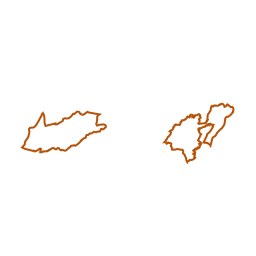 the district of Jonotla, Puebla, Mexico, rotated 43°
{"feature_id": "50627088B1268038266758", "entity_name": "Jonotla", "entity_type": "district", "adm_level": 2, "iso_a3": "MEX", "parent_name": "Mexico", "parent_adm1": "Puebla", "projection": "natural_earth1", "projection_center": [-97.514, 20.084], "detail": "fine", "context": "isolated", "style": "outline", "palette": "amber", "viewbox_px": 256, "rotation_deg": 43, "n_neighbors": 0, "source": "geoboundaries", "source_scale": "gbopen_adm2", "svg_char_len": 5735}
<svg xmlns="http://www.w3.org/2000/svg" viewBox="0 0 256 256"><g transform="rotate(43 128 128)"><path d="M56.1,194.0L56.3,195.1L56.2,196.0L56.4,196.5L57.9,197.5L58.6,198.2L59.4,199.3L60.2,201.0L60.9,201.9L61.6,204.7L61.7,206.1L62.1,208.1L62.5,209.0L63.7,210.4L63.8,214.5L66.7,213.6L74.0,209.6L74.4,208.9L74.6,208.7L75.1,208.8L75.4,209.0L75.6,208.9L76.1,208.3L77.0,206.1L77.6,203.5L77.7,203.1L78.1,203.0L78.3,202.7L78.7,202.7L80.0,205.2L80.2,205.6L80.4,205.7L81.7,204.2L81.9,203.4L81.8,203.1L82.0,202.9L82.1,202.7L82.4,202.6L82.6,202.3L83.3,201.8L84.3,200.4L84.5,200.0L85.0,199.9L85.1,199.6L85.0,198.5L85.3,197.8L85.7,197.6L85.7,197.1L85.6,196.7L85.8,196.1L86.1,195.7L86.2,195.1L86.6,193.8L87.4,193.6L87.8,193.2L88.0,193.1L89.1,193.2L90.1,192.5L90.2,191.9L90.2,190.9L90.4,190.3L91.2,190.0L92.9,190.2L94.0,190.0L94.4,189.7L94.9,188.8L96.9,187.9L97.8,187.2L98.0,186.2L98.2,184.6L98.4,182.0L98.7,181.4L98.7,180.8L98.5,180.1L99.1,179.0L99.5,178.5L99.9,178.3L100.2,177.6L100.4,177.3L101.5,177.0L101.8,176.2L102.1,174.9L102.5,172.1L102.4,170.0L102.2,169.4L102.2,169.2L102.5,169.2L102.6,168.7L102.3,167.5L102.7,166.5L102.7,165.6L103.7,163.9L103.4,163.5L102.7,162.1L102.5,161.6L102.7,161.0L103.3,160.6L103.6,160.2L103.7,159.7L103.8,158.0L104.8,157.1L105.3,156.0L105.6,154.1L106.5,153.4L107.6,153.0L108.1,151.6L108.5,150.9L109.6,150.1L109.8,149.7L109.6,148.5L109.0,147.4L109.0,147.1L109.0,146.8L109.3,146.6L110.7,146.0L110.9,145.8L111.0,144.6L110.9,143.8L111.2,142.6L111.0,142.3L110.7,141.9L109.7,141.3L109.2,141.3L108.3,141.7L107.1,142.6L104.9,145.2L104.5,145.7L104.1,146.8L103.7,147.3L102.6,147.0L101.9,146.6L101.6,145.6L101.3,145.3L100.9,144.6L99.3,142.3L98.4,141.5L97.6,140.4L97.5,139.2L97.9,137.5L89.4,143.0L88.2,143.6L87.3,143.8L86.9,145.9L86.4,148.4L85.8,149.3L83.5,150.2L82.7,150.1L82.0,149.6L81.4,149.6L80.6,150.0L79.5,151.0L79.2,154.4L78.2,155.0L78.5,158.3L78.3,159.9L78.1,160.6L77.6,161.8L77.2,162.4L75.1,164.1L74.9,164.5L74.5,165.9L75.3,167.0L75.4,167.7L74.8,169.7L74.4,170.8L73.8,173.2L73.6,173.7L72.5,174.8L71.8,174.1L66.3,182.7L63.5,181.2L60.3,177.9L58.2,176.2L57.4,175.7L56.2,175.4L55.6,175.1L55.6,176.0L55.7,176.6L56.7,179.4L57.1,181.2L57.7,183.1L58.9,189.0L58.9,190.1L58.7,191.6L58.2,192.5L57.1,193.7L56.2,194.2L56.1,194.0ZM200.4,84.7L198.2,80.6L196.8,78.2L196.6,76.8L196.8,75.5L197.2,74.6L197.2,73.7L196.6,71.3L196.4,69.7L196.6,65.3L196.8,64.0L196.3,60.7L195.9,59.4L192.7,54.7L192.4,53.6L192.5,52.6L193.2,52.0L193.5,51.4L193.8,50.3L194.1,48.8L194.1,47.5L193.9,44.5L193.4,44.3L192.7,42.7L191.2,41.6L190.0,41.5L189.6,41.8L189.0,42.6L188.3,42.7L184.7,42.8L184.5,43.4L184.6,44.1L184.8,44.5L184.9,44.8L184.6,45.7L184.1,46.7L183.5,46.3L182.1,45.8L180.7,45.8L180.0,46.6L179.2,48.0L179.5,48.3L178.9,49.1L178.9,49.9L177.1,51.8L176.0,52.3L175.7,52.9L175.7,53.8L175.3,53.8L175.2,54.5L174.2,54.9L174.7,56.3L176.4,58.9L176.5,59.2L176.5,59.8L177.2,62.3L177.0,62.9L177.5,64.2L177.8,64.7L179.4,66.5L179.9,67.4L180.6,68.1L180.8,67.9L181.1,68.9L180.8,69.2L181.2,69.8L181.1,70.8L181.3,71.2L181.5,71.4L180.5,72.5L177.0,76.7L176.3,76.6L176.7,75.8L176.4,75.1L175.4,74.2L175.3,73.7L174.0,73.3L173.8,73.1L174.0,72.7L174.1,70.9L173.3,70.5L172.5,70.5L172.1,69.9L172.1,69.7L171.7,69.7L171.4,69.4L171.0,69.3L170.5,69.4L170.1,69.9L170.0,70.4L169.5,71.9L169.2,72.3L168.8,72.5L168.3,73.1L168.3,73.6L168.9,74.1L169.2,74.9L169.1,75.2L168.8,75.2L168.8,75.7L168.1,75.8L167.7,76.3L167.2,75.7L167.1,74.5L166.9,74.4L165.8,74.7L165.2,75.1L164.9,75.3L164.8,75.7L164.7,76.4L164.8,76.7L165.6,77.1L165.7,77.4L165.7,78.4L165.4,78.6L164.1,78.7L163.9,78.8L163.7,79.1L163.8,80.1L164.1,80.6L164.3,81.3L164.1,81.5L164.1,82.0L163.9,82.4L164.1,82.6L164.0,82.9L163.3,84.6L162.9,84.8L162.6,85.1L162.2,85.6L162.1,85.8L162.2,86.1L162.8,86.8L162.8,87.1L162.3,87.7L162.4,88.0L162.8,88.3L163.5,89.2L163.7,89.9L163.7,90.7L162.4,91.2L162.4,91.5L162.1,91.9L161.6,92.4L160.5,92.8L160.4,93.0L160.5,93.5L160.2,94.0L160.1,94.4L160.8,95.0L160.9,95.5L160.5,96.5L160.8,96.9L161.2,97.1L161.4,98.0L161.7,98.5L161.6,99.7L160.9,100.5L160.8,100.9L160.8,102.0L161.5,101.8L162.4,101.9L163.5,103.9L163.3,104.8L163.5,106.2L163.3,107.5L163.7,108.9L164.1,109.9L164.1,110.5L163.9,110.9L164.5,111.7L164.3,112.1L164.3,113.6L164.8,113.1L165.7,112.8L166.9,113.2L167.2,112.6L167.1,111.4L167.4,111.1L168.2,111.0L169.1,110.3L169.8,109.9L170.2,109.9L170.8,110.5L171.4,111.5L171.9,112.1L172.4,112.1L173.4,112.4L174.6,113.6L175.0,113.8L175.9,113.0L176.3,112.3L177.0,111.9L177.8,110.9L178.2,110.0L178.6,109.6L181.3,107.9L182.7,106.8L183.2,106.8L184.7,107.7L184.9,108.5L185.5,108.9L185.9,109.1L187.2,108.9L187.9,109.0L188.5,109.5L190.7,110.3L193.0,112.0L194.7,112.6L194.4,111.6L194.5,111.2L195.0,110.3L194.8,109.3L196.3,108.1L196.9,106.7L197.1,106.5L197.3,105.8L197.3,105.5L197.2,105.4L197.4,104.2L197.4,103.8L197.0,103.8L196.1,104.0L195.9,103.4L195.5,102.9L195.5,102.4L194.9,101.6L193.9,102.3L193.4,102.5L193.3,102.3L194.1,101.8L193.5,100.9L193.8,100.1L193.6,100.0L192.5,99.6L191.2,100.1L191.0,99.9L191.0,99.4L191.7,98.6L191.4,98.0L191.3,97.3L192.3,97.2L192.2,96.5L192.6,96.5L192.4,95.4L192.9,95.3L192.5,94.4L193.5,94.2L193.4,93.1L193.1,93.1L192.7,92.0L192.6,91.0L190.9,91.1L191.1,90.0L192.1,89.9L191.5,89.0L190.7,89.0L187.7,89.3L187.3,88.2L186.7,86.0L185.9,83.8L185.7,82.7L185.0,82.9L183.2,82.6L181.2,81.6L180.5,81.0L181.5,80.6L181.2,80.1L180.8,80.8L180.2,79.7L181.8,77.9L181.9,76.8L183.0,74.9L183.4,74.7L183.2,73.4L184.0,72.6L183.7,71.7L184.3,71.5L184.1,70.3L184.5,70.1L184.8,69.6L185.1,70.8L185.7,70.6L185.6,68.9L187.4,68.1L188.2,67.5L188.4,68.8L189.2,68.8L190.3,73.5L190.4,75.3L190.1,78.8L190.5,79.5L190.9,79.8L193.1,86.9L193.6,86.3L194.1,86.2L194.2,86.4L194.6,86.1L194.7,85.8L195.2,85.5L195.3,85.3L195.7,85.1L196.1,85.2L196.5,84.7L199.1,84.4L200.4,84.7Z" fill="none" stroke="#b45309" stroke-width="2"/></g></svg>